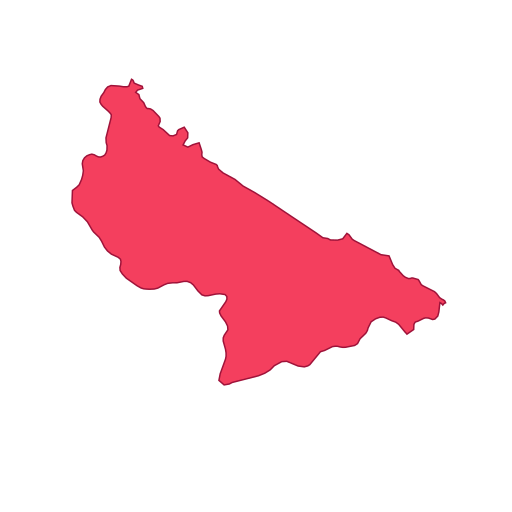 Miyazaki, Albers equal-area conic projection, rotated 287°
{"feature_id": "JPN-1831", "entity_name": "Miyazaki", "entity_type": "Prefecture", "adm_level": 1, "iso_a3": "JPN", "parent_name": "Japan", "parent_adm1": "", "projection": "albers", "projection_center": [131.344, 32.095], "detail": "fine", "context": "isolated", "style": "filled", "palette": "rose", "viewbox_px": 512, "rotation_deg": 287, "n_neighbors": 0, "source": "natural_earth", "source_scale": "10m", "svg_char_len": 3086}
<svg xmlns="http://www.w3.org/2000/svg" viewBox="0 0 512 512"><g transform="rotate(287 256 256)"><path d="M388.6,85.3L388.3,86.6L387.4,87.7L386.3,88.4L385.7,89.1L385.2,93.6L385.0,97.6L383.2,98.7L380.0,94.2L377.3,93.1L376.1,96.8L372.5,99.0L369.8,103.8L366.9,106.3L365.8,107.6L365.2,108.9L365.3,109.3L365.6,110.1L365.8,112.2L365.0,115.1L361.0,122.3L359.7,123.9L356.6,125.0L351.9,124.5L351.0,125.7L349.7,130.3L345.9,138.2L346.6,141.5L349.0,144.5L352.8,144.4L354.3,145.2L358.2,149.7L353.9,154.8L349.0,156.1L345.3,154.6L340.9,153.8L340.2,159.0L344.1,163.2L347.6,168.5L341.8,172.6L339.5,174.0L336.8,174.6L335.0,175.6L334.1,177.9L332.4,185.0L331.9,191.2L331.2,192.5L330.0,193.2L328.1,194.9L325.8,200.2L323.1,213.5L319.1,223.2L316.3,236.2L311.9,252.8L304.2,278.2L295.6,306.9L293.0,314.6L293.7,319.5L293.1,322.5L295.0,329.3L297.8,333.9L304.2,336.3L303.5,338.7L300.2,343.1L299.5,345.3L293.8,375.1L295.0,383.2L287.7,389.2L284.9,392.5L283.9,396.9L283.3,397.3L280.2,402.5L279.3,405.1L279.0,408.4L279.6,410.1L280.4,411.1L280.8,412.3L280.9,418.0L279.8,419.4L276.9,422.4L276.3,424.3L274.1,437.1L272.9,439.6L269.9,443.7L269.1,446.1L268.8,448.1L268.2,449.7L266.7,451.0L265.8,450.0L265.2,449.6L263.7,449.0L264.7,447.4L264.9,446.7L265.2,445.5L256.0,447.2L251.7,447.4L248.0,445.5L246.9,443.5L247.1,439.1L246.5,436.4L245.5,434.7L241.0,429.9L239.5,427.7L238.4,427.3L236.7,427.0L231.8,428.3L227.9,425.2L225.4,423.2L225.9,422.5L226.5,421.3L232.4,412.4L233.6,408.9L233.8,404.6L234.7,398.4L234.8,395.6L233.6,392.3L230.9,388.7L226.7,385.3L219.9,384.2L217.5,384.3L215.5,383.9L214.1,383.5L207.3,379.7L201.9,378.7L199.3,376.5L194.9,368.3L194.0,365.6L193.6,362.9L193.5,360.3L192.9,358.2L191.7,355.6L185.7,349.2L183.3,345.6L167.8,339.2L166.0,337.6L164.1,334.6L163.1,328.4L164.3,316.2L162.5,311.5L156.5,305.6L151.3,302.9L146.5,298.7L142.2,293.4L128.1,270.2L125.8,267.9L123.4,263.2L126.2,256.9L132.9,256.2L148.5,257.0L151.4,256.7L154.6,255.7L157.9,254.1L165.1,249.5L168.1,248.6L170.9,248.8L177.2,250.7L180.7,249.3L184.1,246.1L188.5,240.1L190.9,237.9L192.8,237.1L203.5,240.5L206.3,240.8L208.8,239.9L210.1,237.7L209.3,232.4L207.8,228.6L204.1,221.9L203.0,218.9L203.0,215.6L205.6,210.7L210.0,204.6L211.4,201.3L211.6,197.5L210.6,194.4L207.3,188.3L206.0,184.1L204.0,179.5L201.6,176.5L196.6,171.5L194.7,168.4L193.1,163.9L192.3,160.7L191.8,158.2L191.8,155.4L192.8,150.9L196.9,138.4L199.8,133.4L202.4,130.3L205.3,129.2L208.4,129.1L211.2,128.5L213.3,127.3L214.5,124.5L215.5,117.1L217.4,112.5L220.2,108.5L225.0,104.0L228.0,100.6L231.5,93.7L232.9,91.8L239.4,84.8L242.8,78.8L245.2,71.7L246.6,69.1L250.2,66.3L253.0,64.5L265.0,61.3L269.3,64.4L272.4,66.1L278.2,66.8L282.5,66.7L287.0,66.0L293.4,62.9L296.6,62.5L299.8,63.3L302.4,65.0L304.2,67.2L305.4,69.2L305.5,71.8L305.0,73.9L304.7,76.1L305.1,78.2L306.5,80.2L308.2,81.8L310.8,82.5L313.7,82.5L318.0,81.3L320.6,79.6L325.1,78.0L346.0,77.0L348.8,76.3L349.8,75.0L351.2,72.6L354.4,65.6L355.8,63.5L357.6,61.7L360.3,61.0L363.5,61.2L367.8,62.7L371.2,63.3L374.3,64.7L376.6,67.5L378.5,75.5L379.1,79.8L380.1,83.1L381.2,84.7L388.6,85.3Z" fill="#f43f5e" stroke="#9f1239" stroke-width="1.5"/></g></svg>